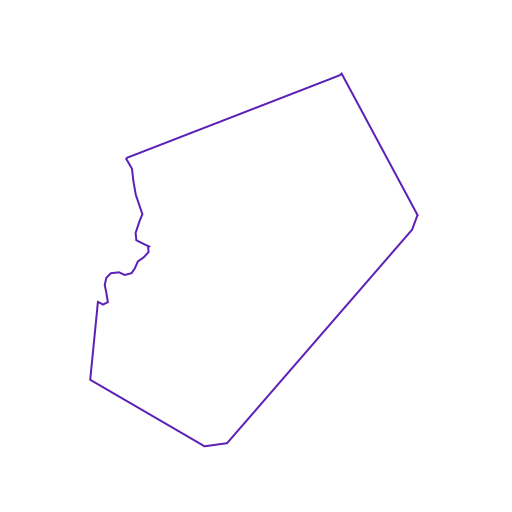 outline of Mocha, Soufrière, Saint Lucia, rotated 283°
{"feature_id": "8701671B91684501452899", "entity_name": "Mocha", "entity_type": "district", "adm_level": 2, "iso_a3": "LCA", "parent_name": "Saint Lucia", "parent_adm1": "Soufrière", "projection": "albers", "projection_center": [-61.025, 13.831], "detail": "fine", "context": "isolated", "style": "outline", "palette": "violet", "viewbox_px": 512, "rotation_deg": 283, "n_neighbors": 0, "source": "geoboundaries", "source_scale": "gbopen_adm2", "svg_char_len": 617}
<svg xmlns="http://www.w3.org/2000/svg" viewBox="0 0 512 512"><g transform="rotate(283 256 256)"><path d="M98.1,122.3L76.3,192.8L59.0,248.7L67.1,269.9L316.8,402.2L331.9,404.1L332.1,404.3L452.3,299.0L453.0,298.4L451.0,297.0L322.7,108.2L321.5,107.7L313.0,115.6L302.6,119.2L288.6,125.1L271.2,135.9L264.2,134.7L251.4,133.5L244.4,135.9L242.1,145.5L241.2,149.7L240.3,149.0L235.6,150.4L229.5,146.9L224.1,142.1L216.7,140.7L211.3,138.6L208.0,132.4L209.3,126.2L206.6,118.5L201.2,115.1L193.8,115.1L186.4,118.5L177.7,122.0L174.3,117.9L175.7,112.3L171.8,112.8L98.1,122.3Z" fill="none" stroke="#5b21b6" stroke-width="2"/></g></svg>